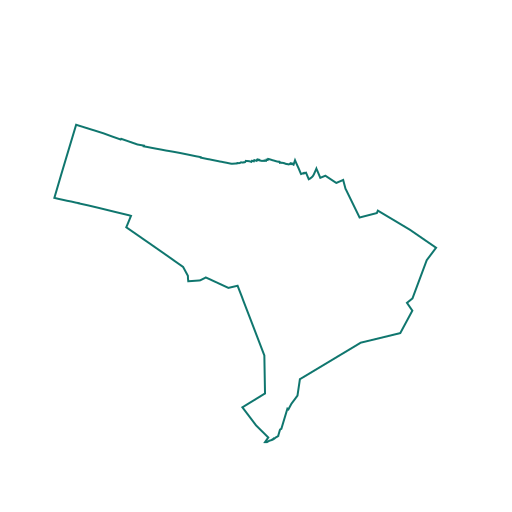 the district of Frontera, Coahuila, Mexico, rotated 252°
{"feature_id": "50627088B59111908912503", "entity_name": "Frontera", "entity_type": "district", "adm_level": 2, "iso_a3": "MEX", "parent_name": "Mexico", "parent_adm1": "Coahuila", "projection": "natural_earth1", "projection_center": [-101.473, 26.954], "detail": "fine", "context": "isolated", "style": "outline", "palette": "teal", "viewbox_px": 512, "rotation_deg": 252, "n_neighbors": 0, "source": "geoboundaries", "source_scale": "gbopen_adm2", "svg_char_len": 4018}
<svg xmlns="http://www.w3.org/2000/svg" viewBox="0 0 512 512"><g transform="rotate(252 256 256)"><path d="M261.5,385.9L259.5,384.2L260.6,366.4L291.2,362.1L291.6,362.0L292.1,361.9L292.4,361.9L301.4,362.4L301.2,360.7L300.7,354.9L310.9,346.8L310.5,341.3L317.8,340.7L320.2,340.4L320.4,340.4L319.6,339.7L317.7,338.0L315.7,336.2L314.7,335.1L314.2,334.4L313.6,333.2L313.3,332.3L313.1,331.7L312.9,331.2L312.8,330.4L312.7,329.9L319.8,329.3L319.7,327.2L320.2,327.2L320.0,324.2L320.6,324.1L322.8,323.9L325.4,323.7L329.0,323.3L332.7,322.9L335.0,322.7L332.0,320.5L331.2,319.9L331.3,319.8L331.4,319.7L331.6,319.7L331.9,319.5L332.0,319.5L332.1,319.4L332.2,319.6L332.4,319.7L332.5,319.6L332.6,319.4L332.6,319.2L332.4,318.8L332.4,318.7L332.6,318.7L332.9,318.6L333.0,318.5L333.0,318.3L333.1,318.2L332.9,318.1L332.7,318.2L332.7,317.8L332.8,317.8L333.1,317.6L333.4,317.6L333.5,317.5L333.5,317.4L333.4,317.3L333.3,317.2L333.2,317.2L333.2,316.7L333.1,316.4L333.0,316.2L333.0,315.9L333.0,315.7L333.0,315.4L333.2,315.2L333.3,314.9L333.4,314.7L333.5,314.6L333.6,314.4L333.7,314.2L333.8,314.1L333.8,313.9L334.0,313.6L334.1,313.4L334.2,313.2L334.3,313.1L334.5,312.9L334.5,312.7L334.8,312.4L334.9,312.2L335.0,312.1L335.2,311.9L335.3,311.8L335.4,311.6L335.5,311.6L335.6,311.4L335.8,311.1L335.9,310.9L336.0,310.8L336.1,310.6L336.2,310.3L336.3,310.2L336.5,309.9L336.6,309.6L336.6,309.3L336.7,309.2L336.8,309.0L336.9,308.9L337.0,308.7L337.1,308.3L337.1,308.2L337.2,307.7L337.7,307.9L338.4,306.9L338.6,307.0L339.1,305.8L339.2,305.5L339.8,304.6L340.1,304.1L340.5,303.6L340.8,303.1L341.2,302.6L341.5,302.1L341.8,301.6L342.2,301.0L342.6,300.5L343.3,299.5L343.4,299.4L343.6,299.0L344.0,298.5L344.6,297.5L343.7,296.8L344.0,296.2L344.4,295.7L343.4,294.9L344.2,293.6L343.9,293.4L344.3,292.2L344.7,290.9L344.9,290.4L345.3,289.8L345.8,288.9L346.2,288.3L346.6,288.6L346.7,288.4L347.0,288.0L347.3,287.5L346.9,287.2L347.2,286.7L346.3,286.0L347.0,285.0L347.7,284.0L346.7,283.2L347.4,282.2L347.8,281.6L347.0,280.7L347.3,280.4L347.3,280.2L347.9,279.4L348.0,279.2L348.4,278.5L348.5,278.4L348.7,277.8L349.0,277.1L349.3,276.3L349.6,275.7L349.2,275.3L348.7,274.7L348.7,274.2L348.7,273.9L348.7,273.7L348.8,273.5L348.8,273.4L349.0,273.1L349.0,272.9L348.9,272.7L348.9,272.4L349.0,272.2L349.2,271.8L349.3,271.6L349.4,271.4L349.5,271.2L349.6,270.9L349.7,270.6L349.7,270.4L349.6,270.2L349.5,269.9L349.5,269.2L349.5,268.7L349.6,268.4L349.7,268.1L349.8,267.9L349.9,267.6L350.1,267.3L350.1,267.1L350.2,266.9L350.2,266.7L349.9,266.4L350.0,266.1L350.2,265.3L350.3,264.9L350.4,264.6L350.8,263.0L351.0,262.2L351.3,261.2L352.0,259.9L353.9,256.6L355.2,254.2L356.2,252.5L357.2,250.5L357.7,249.7L359.5,246.5L361.2,243.5L362.7,240.9L362.7,240.7L367.0,233.2L367.0,233.3L367.3,233.6L368.2,232.0L369.2,230.1L373.6,222.4L377.5,215.5L380.7,209.6L383.1,205.0L384.0,203.2L385.0,201.4L386.4,198.9L389.3,193.5L391.6,189.3L393.5,185.9L395.0,183.1L395.6,183.5L398.7,177.7L409.1,164.0L408.6,163.3L410.6,160.7L414.1,156.1L419.7,149.0L425.5,140.9L426.6,139.3L434.8,127.7L436.4,125.5L407.1,105.2L393.5,95.8L373.6,82.2L371.3,85.9L369.1,89.7L366.9,93.4L364.8,97.3L362.4,101.2L361.1,103.7L360.9,103.6L356.0,112.0L350.4,121.2L341.1,136.2L334.6,146.8L334.4,147.2L332.8,149.5L325.7,143.5L323.4,141.5L305.5,155.1L305.0,155.5L304.6,155.8L290.5,166.5L277.6,176.2L277.5,176.3L277.4,176.3L275.7,177.6L268.1,183.3L259.3,184.9L258.2,185.1L255.4,184.3L252.9,183.8L252.8,184.2L250.3,194.3L250.1,195.3L250.2,196.0L251.0,201.3L251.1,201.6L247.3,205.8L246.7,206.4L234.2,219.9L233.4,229.3L221.2,230.0L218.1,230.1L208.6,230.6L197.6,231.2L158.8,233.2L122.5,222.1L116.3,196.3L101.9,201.3L94.9,203.7L79.6,211.6L76.2,207.1L75.6,208.9L76.2,211.7L76.1,213.5L76.5,215.0L76.2,215.2L77.0,216.5L76.6,216.9L77.3,218.6L77.7,220.7L78.0,221.6L78.3,221.7L78.5,221.8L83.2,225.0L83.6,225.5L83.8,226.7L101.1,238.7L100.1,239.4L104.6,244.1L106.0,246.1L110.4,252.3L125.3,259.7L141.2,328.8L138.1,369.4L155.7,387.8L164.8,385.1L167.3,391.7L199.3,417.1L208.2,429.8L233.5,410.4L261.5,385.9Z" fill="none" stroke="#0f766e" stroke-width="2"/></g></svg>